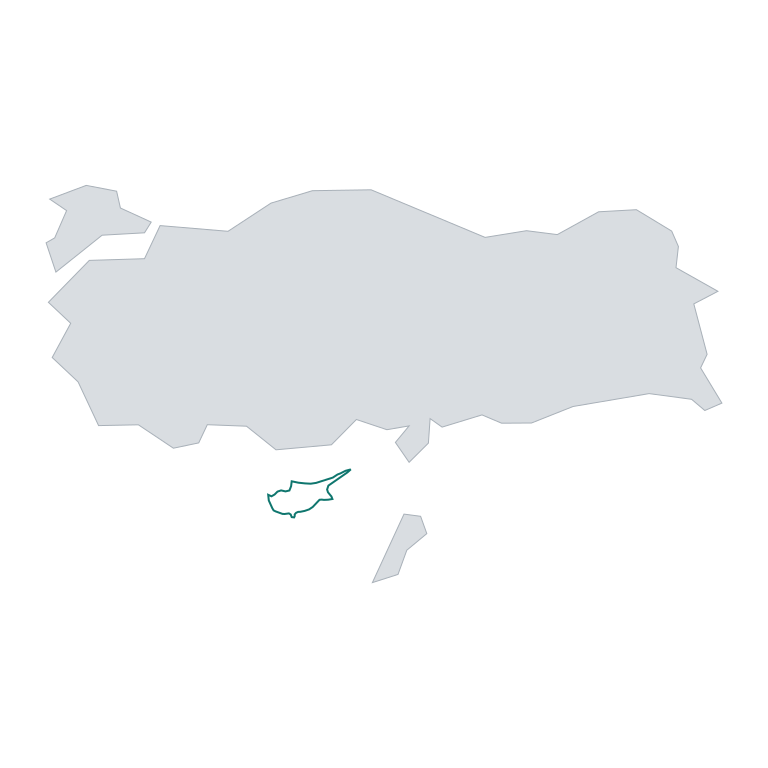 Cyprus highlighted, Robinson projection
{"feature_id": "CYP", "entity_name": "Cyprus", "entity_type": "country or territory", "adm_level": 0, "iso_a3": "CYP", "parent_name": "Asia", "parent_adm1": "", "projection": "robinson", "projection_center": [33.299, 35.116], "detail": "fine", "context": "with_neighbors", "style": "outline", "palette": "teal", "viewbox_px": 768, "rotation_deg": 0, "n_neighbors": 2, "source": "natural_earth", "source_scale": "50m", "svg_char_len": 1631}
<svg xmlns="http://www.w3.org/2000/svg" viewBox="0 0 768 768"><path d="M398.0,574.4L372.4,582.6L404.0,514.1L420.6,516.3L426.8,533.6L406.8,550.2L398.0,574.4Z" fill="#d9dde1" stroke="#a8b0b8" stroke-width="1"/><path d="M721.9,403.1L704.8,410.5L691.6,399.3L649.1,393.6L573.0,406.5L531.5,423.0L501.6,423.2L482.0,414.9L442.1,427.1L430.1,418.6L428.4,443.1L409.1,462.3L395.4,442.4L409.1,425.9L386.9,429.7L356.4,419.5L331.4,444.8L276.0,449.8L246.5,426.2L207.3,424.7L198.7,442.9L173.4,448.2L138.4,424.8L98.6,425.6L78.1,381.9L52.2,357.5L70.7,323.3L48.4,302.3L89.3,260.4L144.5,258.7L160.1,225.6L228.0,231.3L271.0,203.1L312.4,190.7L371.1,189.8L485.1,237.4L526.5,230.7L557.3,234.6L598.6,211.8L636.4,209.7L671.7,231.1L678.4,246.5L676.0,267.7L717.9,291.3L693.8,303.9L707.1,354.3L700.6,367.9L721.9,403.1ZM49.7,199.1L86.2,185.4L116.6,191.2L120.4,208.0L151.2,222.1L144.5,232.8L102.1,235.2L55.9,272.1L46.1,242.8L54.7,237.9L66.6,210.6L49.7,199.1Z" fill="#d9dde1" stroke="#a8b0b8" stroke-width="1"/><path d="M331.4,496.4L332.4,499.0L328.2,499.7L324.0,499.9L321.7,499.6L319.5,499.8L312.7,507.0L309.1,509.4L304.7,510.9L300.3,511.8L298.1,511.9L296.1,512.8L294.7,514.4L294.7,516.1L294.1,517.4L291.7,517.1L290.7,514.5L288.9,513.4L284.6,514.0L282.5,513.9L275.6,511.4L273.6,510.4L272.3,508.2L268.8,500.5L268.2,494.8L271.5,496.3L274.6,494.5L277.5,491.6L281.1,490.4L283.3,490.9L285.5,491.4L289.4,490.5L291.1,486.2L291.7,481.3L298.4,482.7L305.1,483.4L310.7,483.7L316.1,482.9L332.8,477.6L337.5,474.5L340.4,473.4L345.5,470.8L350.8,469.4L347.4,472.4L328.4,485.6L327.1,489.5L328.0,492.3L330.7,495.6L331.4,496.4Z" fill="none" stroke="#0f766e" stroke-width="2"/></svg>